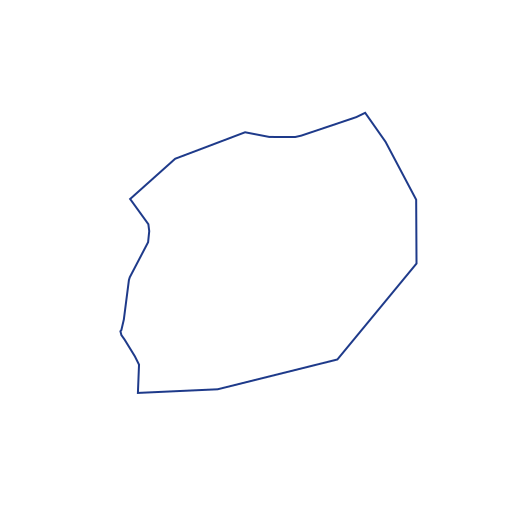 the border of Saint Philip, rotated 35°
{"feature_id": "BRB-1998", "entity_name": "Saint Philip", "entity_type": "Parish", "adm_level": 1, "iso_a3": "BRB", "parent_name": "Barbados", "parent_adm1": "", "projection": "robinson", "projection_center": [-59.481, 13.137], "detail": "fine", "context": "isolated", "style": "outline", "palette": "blue", "viewbox_px": 512, "rotation_deg": 35, "n_neighbors": 0, "source": "natural_earth", "source_scale": "10m", "svg_char_len": 485}
<svg xmlns="http://www.w3.org/2000/svg" viewBox="0 0 512 512"><g transform="rotate(35 256 256)"><path d="M263.3,76.1L296.7,88.2L354.9,118.0L391.8,170.1L382.0,294.1L301.0,387.2L237.8,435.9L222.5,412.1L214.4,407.7L196.4,399.9L191.1,398.0L188.1,395.4L188.2,393.9L184.2,383.9L165.7,348.6L164.8,345.8L159.7,306.6L154.3,296.9L149.6,291.7L120.2,281.5L134.0,222.7L176.1,160.9L198.7,150.8L219.9,136.0L224.0,131.5L258.5,84.7L263.3,76.1Z" fill="none" stroke="#1e3a8a" stroke-width="2"/></g></svg>